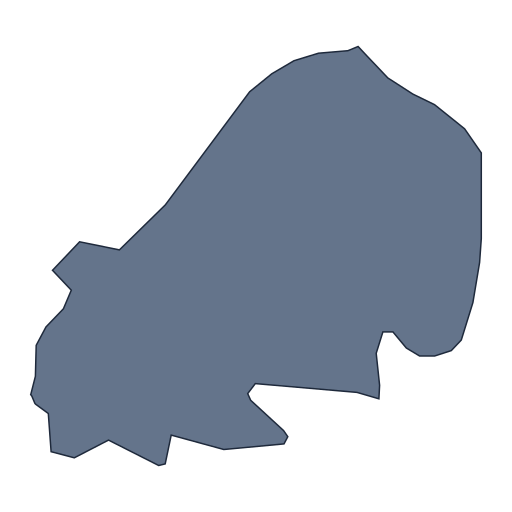 North Somerset, Mercator projection
{"feature_id": "GBR-2045", "entity_name": "North Somerset", "entity_type": "Unitary Authority", "adm_level": 1, "iso_a3": "GBR", "parent_name": "United Kingdom", "parent_adm1": "", "projection": "mercator", "projection_center": [-2.807, 51.391], "detail": "fine", "context": "isolated", "style": "filled", "palette": "slate", "viewbox_px": 512, "rotation_deg": 0, "n_neighbors": 0, "source": "natural_earth", "source_scale": "10m", "svg_char_len": 803}
<svg xmlns="http://www.w3.org/2000/svg" viewBox="0 0 512 512"><path d="M30.7,394.6L30.8,394.4L35.4,376.3L36.2,345.3L46.0,326.9L63.4,308.8L71.3,290.2L52.5,270.3L79.6,241.8L119.4,249.9L165.3,204.9L249.7,91.7L271.9,73.7L294.0,60.7L318.5,53.2L347.9,50.7L358.1,46.5L366.7,55.7L387.9,78.0L412.9,94.1L434.6,104.7L464.6,128.8L481.3,152.9L481.3,179.6L481.3,203.7L481.3,238.5L479.6,262.5L477.6,274.5L472.9,302.6L461.3,340.0L451.3,350.6L434.6,356.0L419.6,356.0L406.3,348.0L392.9,331.9L382.9,331.9L376.2,353.3L379.6,385.3L378.9,398.8L357.0,392.4L255.3,383.6L247.7,393.6L250.7,400.3L283.6,430.6L287.8,436.7L284.0,443.9L223.8,449.5L171.2,435.1L165.2,463.9L158.7,465.5L108.5,440.1L74.3,457.8L51.1,451.7L48.3,413.5L35.5,404.1L34.8,403.2L31.8,396.0L30.7,394.6Z" fill="#64748b" stroke="#1e293b" stroke-width="1.5"/></svg>